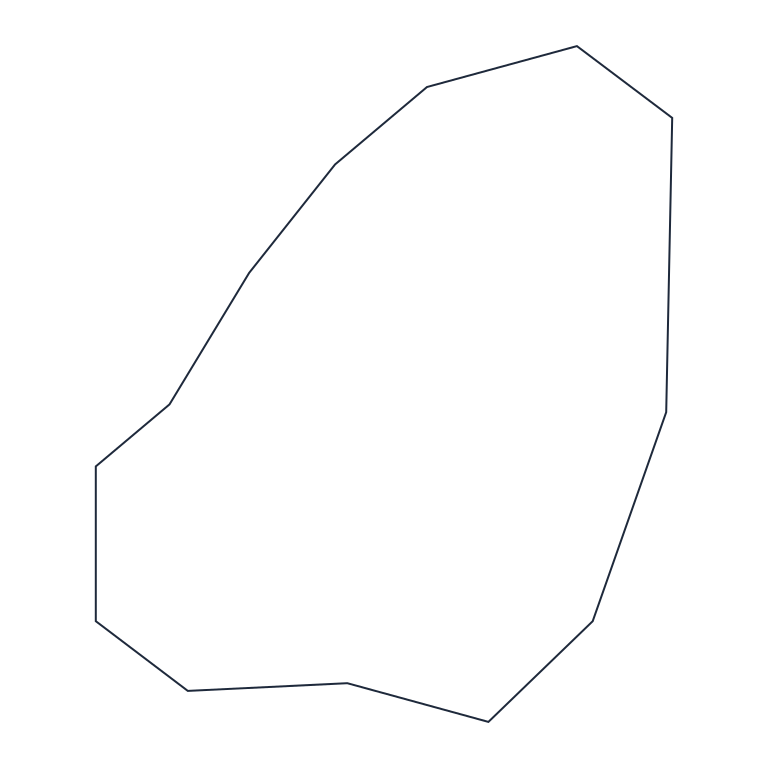 SVG path tracing the border of Almaty City
{"feature_id": "KAZ-4829", "entity_name": "Almaty City", "entity_type": "City", "adm_level": 1, "iso_a3": "KAZ", "parent_name": "Kazakhstan", "parent_adm1": "", "projection": "natural_earth1", "projection_center": [76.924, 43.297], "detail": "fine", "context": "isolated", "style": "outline", "palette": "slate", "viewbox_px": 768, "rotation_deg": 0, "n_neighbors": 0, "source": "natural_earth", "source_scale": "10m", "svg_char_len": 290}
<svg xmlns="http://www.w3.org/2000/svg" viewBox="0 0 768 768"><path d="M576.9,46.1L672.2,117.9L666.2,412.2L592.7,621.2L488.4,721.9L347.3,683.2L187.8,690.9L95.8,621.2L95.8,466.4L169.5,404.4L249.2,272.8L335.1,164.4L427.0,87.0L576.9,46.1Z" fill="none" stroke="#1e293b" stroke-width="2"/></svg>